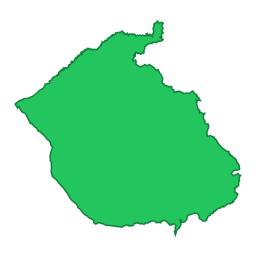 Temanggung, Jawa Tengah, Indonesia (Natural Earth projection)
{"feature_id": "22746128B37534287210764", "entity_name": "Temanggung", "entity_type": "district", "adm_level": 2, "iso_a3": "IDN", "parent_name": "Indonesia", "parent_adm1": "Jawa Tengah", "projection": "natural_earth1", "projection_center": [110.153, -7.24], "detail": "fine", "context": "isolated", "style": "filled", "palette": "green", "viewbox_px": 256, "rotation_deg": 0, "n_neighbors": 0, "source": "geoboundaries", "source_scale": "gbopen_adm2", "svg_char_len": 5727}
<svg xmlns="http://www.w3.org/2000/svg" viewBox="0 0 256 256"><path d="M19.5,100.6L15.4,103.8L15.4,104.6L17.6,108.0L17.9,107.1L18.8,106.7L21.4,111.3L23.2,112.7L25.2,113.1L30.2,123.2L30.6,123.6L31.3,123.3L31.8,123.5L34.0,126.3L36.7,128.1L37.8,130.5L39.3,131.6L40.5,131.8L41.5,133.2L43.8,135.0L47.0,139.1L50.4,141.9L50.8,145.1L52.3,146.7L52.3,147.6L50.3,154.5L50.0,157.0L50.4,158.7L50.2,160.4L51.3,162.3L51.5,168.3L51.1,171.8L52.4,176.5L56.7,180.1L58.8,183.0L63.8,188.4L68.9,195.7L69.6,197.0L69.3,197.3L71.7,200.2L76.6,204.3L77.5,205.7L77.9,207.6L79.7,208.8L83.0,212.9L85.6,215.2L87.4,216.1L89.4,218.1L93.4,220.0L93.9,220.5L93.7,222.7L95.3,224.0L97.1,223.6L98.0,222.5L103.0,223.8L106.4,225.4L108.9,225.4L121.9,227.1L125.8,225.0L128.9,225.5L129.0,225.9L130.8,225.8L131.5,225.4L132.3,225.9L133.7,224.9L134.1,223.5L135.2,223.5L135.8,222.8L136.7,222.6L137.1,223.1L137.6,222.7L138.0,223.2L139.3,223.3L139.9,223.9L140.6,223.9L140.9,223.3L144.1,224.3L145.9,222.9L147.9,223.0L149.4,221.8L150.4,221.8L150.9,221.1L151.5,221.0L154.3,221.0L156.3,222.7L158.4,222.4L160.7,222.8L161.2,221.7L160.9,221.4L161.7,221.4L162.8,220.3L165.2,220.8L167.1,221.8L168.9,224.1L169.7,224.0L169.8,225.0L171.4,225.1L172.4,224.5L172.4,223.9L172.9,224.2L173.6,223.9L174.6,224.1L176.1,225.6L175.3,227.2L175.2,230.3L174.4,231.6L175.4,234.9L176.2,232.5L176.2,230.2L176.9,230.2L177.8,228.9L179.6,227.9L179.6,226.8L181.0,224.6L180.7,222.1L180.0,221.3L180.1,219.6L180.7,219.5L180.7,220.4L181.4,221.0L181.8,222.5L184.9,221.7L186.6,219.6L187.5,215.5L195.0,213.1L197.4,213.6L198.2,214.3L199.1,216.4L199.4,218.6L201.6,219.7L202.5,220.9L205.1,221.1L206.8,219.9L206.7,219.0L207.7,217.5L207.4,217.0L208.4,216.0L210.2,215.3L210.3,214.3L213.0,213.2L213.8,211.2L214.5,211.6L215.9,210.3L216.0,209.8L216.5,209.9L216.9,209.2L218.7,208.1L220.3,208.1L221.7,206.6L222.9,206.3L223.2,207.0L223.8,207.0L223.6,206.2L225.7,205.7L226.6,204.4L229.1,203.5L229.9,203.8L229.9,203.3L230.4,203.5L233.1,202.2L232.7,201.5L233.6,201.3L233.4,200.7L236.0,197.9L236.8,196.8L236.7,196.0L237.7,194.9L237.6,193.7L236.9,193.6L236.2,192.5L234.5,191.9L234.9,190.9L234.7,188.7L235.1,188.5L234.7,188.0L235.2,187.3L236.5,187.3L238.6,185.6L238.7,181.6L239.5,180.9L239.2,178.8L239.6,176.8L240.6,175.4L239.3,175.2L237.9,173.5L233.9,175.7L231.9,174.4L231.3,173.4L233.6,170.7L235.7,170.1L237.5,170.2L239.3,169.3L239.6,168.6L239.0,165.0L238.0,163.2L237.1,162.7L235.8,159.1L234.7,158.8L234.2,157.8L233.0,157.2L231.8,155.7L229.5,155.0L230.2,154.3L229.1,153.1L228.9,151.5L226.7,151.3L221.6,147.4L218.6,144.0L216.4,140.2L214.4,138.3L214.0,137.1L212.0,136.6L211.0,135.8L209.9,135.7L208.1,136.3L207.2,136.0L206.9,132.0L208.6,127.3L208.7,125.5L208.0,124.0L207.5,124.6L204.7,123.0L205.0,121.7L203.2,117.8L203.6,114.8L204.6,114.1L204.6,113.4L204.0,113.9L200.9,112.6L199.6,113.0L199.3,112.2L200.0,111.0L199.0,110.2L199.0,109.6L197.9,109.4L197.4,106.2L196.6,104.3L196.9,101.8L196.3,101.1L196.2,100.0L197.2,100.7L198.6,100.2L200.3,100.6L198.8,97.9L197.6,97.0L197.5,96.3L196.7,96.2L196.5,94.4L195.4,94.3L194.4,93.4L193.4,91.4L192.5,91.1L188.9,93.6L186.9,93.1L183.8,93.5L180.5,91.7L178.8,91.2L174.5,92.3L173.7,90.0L172.2,89.3L171.6,86.7L169.2,86.4L168.6,86.9L166.2,85.5L164.6,85.3L163.6,83.8L162.5,83.4L161.9,81.5L162.6,80.1L162.7,78.5L161.0,74.8L159.2,72.2L158.3,69.9L157.2,69.5L156.7,70.2L155.8,70.4L154.2,67.8L149.2,64.5L147.1,65.7L146.1,65.5L144.9,64.5L142.4,66.1L139.8,67.0L136.2,64.4L135.7,63.2L136.3,61.3L135.4,60.1L133.0,60.9L132.7,59.2L133.1,59.3L134.0,57.9L133.8,54.7L134.1,54.6L134.6,56.2L135.1,56.3L135.5,52.6L136.4,52.3L137.4,53.5L138.8,52.8L140.5,54.2L142.2,53.2L143.6,53.1L144.1,52.5L143.8,50.8L144.6,49.0L144.8,46.9L147.6,44.3L151.4,43.1L152.0,43.6L152.7,42.2L153.3,42.0L155.0,42.6L156.9,42.4L158.2,41.3L161.3,41.1L163.1,39.6L163.0,39.3L161.7,39.2L161.7,36.8L160.5,37.7L159.9,37.2L161.2,35.8L162.1,33.3L163.3,32.9L161.6,30.6L163.1,28.5L161.8,26.3L162.0,25.2L163.2,23.4L162.5,22.5L161.1,22.5L159.5,23.3L157.3,21.1L157.0,22.4L155.7,22.7L154.0,24.0L154.0,26.7L153.2,27.8L153.1,28.9L153.7,30.6L153.6,32.2L153.0,33.7L152.0,34.9L152.8,35.9L152.7,36.7L151.6,36.1L150.0,34.2L149.4,34.3L148.8,35.9L148.3,35.7L147.3,33.4L146.1,34.0L146.3,34.5L147.0,34.5L146.9,35.4L146.2,35.0L145.9,35.7L145.0,35.9L142.7,35.1L141.3,36.0L139.9,35.0L138.7,35.6L137.3,35.2L135.7,36.2L135.3,36.0L135.2,34.7L134.1,34.0L132.4,34.9L131.8,33.7L130.3,34.4L128.9,34.1L128.4,35.4L127.3,34.0L127.2,33.3L125.9,34.4L125.2,33.9L124.4,34.1L124.4,32.9L123.1,32.7L122.8,31.3L121.6,31.2L120.2,32.7L118.8,32.2L117.6,32.9L115.8,32.7L114.7,35.0L113.7,34.7L113.0,35.3L112.6,34.8L111.9,36.1L111.5,35.6L109.8,37.6L108.9,37.6L108.3,38.3L108.4,38.7L107.3,38.9L107.0,40.6L106.1,40.8L105.2,40.3L103.5,42.6L102.1,41.8L101.8,43.7L100.9,44.5L101.4,45.4L100.2,45.7L99.9,46.7L97.6,48.5L96.8,49.6L93.3,49.3L92.5,49.9L91.4,49.0L90.8,49.3L90.1,48.9L88.6,49.0L88.5,48.5L87.8,48.8L87.3,48.4L86.2,49.9L85.7,49.5L84.8,49.8L84.6,51.4L83.9,51.6L83.4,51.1L83.1,51.9L81.8,51.8L81.5,52.6L82.1,53.1L82.2,54.0L80.9,53.0L81.0,54.4L80.1,54.3L79.4,55.8L78.3,55.4L77.8,56.0L78.4,56.0L78.5,56.6L77.5,57.4L76.6,57.5L76.6,58.7L75.9,58.9L75.5,58.2L75.0,58.8L74.1,61.4L73.4,61.8L72.9,61.4L72.6,61.8L73.0,62.3L72.4,62.7L71.8,62.4L71.6,61.7L71.0,62.5L71.2,63.3L70.1,65.0L69.1,64.7L68.4,65.7L68.9,66.7L66.5,68.3L65.7,67.5L64.8,68.0L64.5,68.9L64.1,68.9L64.4,68.4L64.2,68.2L63.8,68.5L63.5,68.2L63.4,70.1L62.5,69.4L62.4,70.1L61.7,70.1L61.2,70.9L60.8,70.2L60.3,70.6L60.7,71.3L60.4,71.9L59.0,72.0L58.6,73.1L59.0,73.9L58.7,73.8L58.1,75.0L57.5,74.7L57.5,75.6L56.6,75.5L56.2,76.1L52.7,77.5L51.8,79.7L49.2,81.3L49.8,82.2L49.7,83.2L45.5,84.0L45.0,84.4L44.9,85.5L43.9,87.4L42.9,88.5L39.0,90.7L37.5,92.6L32.9,96.1L28.6,98.2L24.2,98.6L22.4,99.8L19.5,100.6Z" fill="#22c55e" stroke="#15803d" stroke-width="1.5"/></svg>